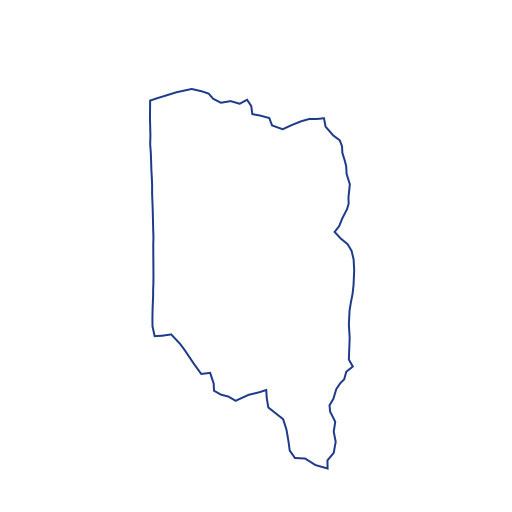 Mongaguá, São Paulo, Brazil (Natural Earth projection), rotated 121°
{"feature_id": "56859067B70576554205910", "entity_name": "Mongaguá", "entity_type": "district", "adm_level": 2, "iso_a3": "BRA", "parent_name": "Brazil", "parent_adm1": "São Paulo", "projection": "natural_earth1", "projection_center": [-46.666, -24.069], "detail": "fine", "context": "isolated", "style": "outline", "palette": "blue", "viewbox_px": 512, "rotation_deg": 121, "n_neighbors": 0, "source": "geoboundaries", "source_scale": "gbopen_adm2", "svg_char_len": 1516}
<svg xmlns="http://www.w3.org/2000/svg" viewBox="0 0 512 512"><g transform="rotate(121 256 256)"><path d="M177.3,426.8L192.1,418.1L206.9,408.7L215.0,404.1L221.6,399.4L228.2,395.1L236.3,389.9L242.4,385.7L248.5,381.7L255.7,377.4L269.0,368.7L278.6,362.6L286.7,357.5L292.7,353.6L299.4,349.8L306.3,345.6L320.4,337.0L326.3,333.4L332.6,329.7L337.7,326.9L343.1,323.7L354.4,317.5L362.4,312.9L369.6,308.5L376.9,301.6L372.7,295.4L366.9,288.3L370.4,275.9L373.5,268.4L380.5,253.5L385.3,242.2L379.8,235.1L387.1,226.6L393.1,222.6L392.9,214.7L390.7,207.2L390.6,198.9L378.9,190.9L371.1,183.0L365.6,178.2L372.3,173.6L379.5,167.4L380.8,157.3L381.9,148.7L389.2,140.4L398.5,132.4L405.4,126.9L409.1,118.6L404.3,109.6L404.6,97.4L401.3,85.2L394.4,89.5L384.7,88.0L374.2,92.0L366.7,98.8L357.3,102.7L351.2,112.3L346.1,116.1L338.6,116.1L328.9,118.6L321.9,118.3L316.3,116.9L308.7,119.0L300.9,116.1L296.9,123.1L278.0,133.5L266.9,141.1L254.4,147.8L247.6,150.5L238.8,153.7L230.9,157.3L217.8,164.4L208.6,170.6L202.3,176.8L198.7,183.5L197.4,192.3L194.9,201.0L187.6,200.1L179.4,201.4L168.9,202.1L163.5,203.5L158.0,207.0L146.2,212.5L139.1,220.5L132.4,225.1L128.2,229.4L123.1,235.1L117.6,238.8L113.7,243.8L112.9,251.9L109.3,263.0L102.9,268.7L106.8,273.8L111.3,281.1L117.4,286.8L125.5,292.9L133.6,298.4L135.8,309.5L130.9,315.7L133.6,325.1L136.3,332.2L129.9,337.3L126.7,344.1L133.9,348.4L136.3,357.5L142.7,365.0L143.3,373.7L141.2,380.2L142.7,387.1L146.0,397.2L156.5,408.4L171.0,421.4L177.3,426.8Z" fill="none" stroke="#1e3a8a" stroke-width="2"/></g></svg>